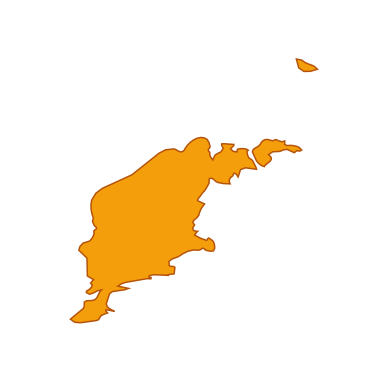 SVG path tracing the border of Gotland, rotated 12°
{"feature_id": "SWE-193", "entity_name": "Gotland", "entity_type": "County", "adm_level": 1, "iso_a3": "SWE", "parent_name": "Sweden", "parent_adm1": "", "projection": "natural_earth1", "projection_center": [18.734, 57.653], "detail": "fine", "context": "isolated", "style": "filled", "palette": "amber", "viewbox_px": 384, "rotation_deg": 12, "n_neighbors": 0, "source": "natural_earth", "source_scale": "10m", "svg_char_len": 3226}
<svg xmlns="http://www.w3.org/2000/svg" viewBox="0 0 384 384"><g transform="rotate(12 192 192)"><path d="M243.3,147.8L244.9,148.9L249.4,154.5L250.4,156.4L239.3,157.2L234.8,160.1L234.0,167.7L232.2,165.8L230.2,164.8L228.8,165.2L228.6,167.7L227.1,169.3L226.1,171.4L226.1,173.8L227.6,176.1L221.2,177.2L215.5,177.3L213.5,176.9L210.2,175.0L208.4,174.5L206.3,175.1L206.1,176.4L206.6,178.2L206.8,180.1L204.6,187.1L201.8,192.1L201.0,194.2L200.3,195.4L199.5,197.1L199.2,199.1L200.2,199.6L206.8,201.1L205.3,204.3L204.3,207.1L203.7,209.9L203.5,213.2L202.3,215.9L200.0,218.8L199.0,221.5L201.4,223.6L200.2,226.8L200.9,228.8L202.9,229.6L205.7,229.3L204.9,230.4L203.5,233.5L209.7,235.4L216.1,236.3L216.8,235.6L217.1,234.3L217.9,233.5L219.9,234.2L222.5,235.5L223.3,236.2L224.3,237.7L225.3,239.8L225.9,242.6L225.3,245.1L222.7,246.1L217.8,246.1L217.2,245.9L215.4,244.9L214.4,244.7L213.6,245.2L211.7,247.1L210.7,247.5L205.4,248.4L200.4,250.8L195.8,254.3L192.1,258.1L186.1,261.9L183.9,264.7L185.0,268.7L186.3,269.1L189.6,268.7L191.0,269.3L191.5,275.8L185.8,277.8L186.1,278.5L171.9,280.8L167.6,282.7L167.6,284.2L169.8,284.2L169.8,285.5L166.1,286.1L146.3,294.0L142.3,296.3L139.0,299.5L150.0,299.5L146.3,301.7L134.9,305.9L132.5,308.7L131.4,319.3L133.1,321.9L135.6,323.3L141.3,324.9L132.4,324.9L132.4,326.3L134.6,327.8L130.5,330.4L128.7,332.0L127.1,336.4L125.0,337.7L109.9,343.1L104.4,343.8L99.5,341.7L109.9,328.5L110.3,326.8L110.1,324.7L109.5,322.1L111.5,320.3L117.5,318.7L119.8,317.2L121.1,314.6L122.5,309.0L123.8,306.6L120.0,308.3L116.5,311.3L113.1,313.3L109.5,312.3L109.5,310.7L111.6,308.9L113.4,306.2L113.7,303.6L111.7,302.3L112.3,301.2L113.2,299.3L113.9,298.2L107.1,295.9L103.0,278.5L93.4,272.5L93.7,268.6L96.0,264.7L102.0,261.3L104.1,257.6L104.9,253.4L104.1,250.3L106.2,247.8L105.8,246.5L104.3,245.8L103.0,244.7L102.5,243.8L101.0,241.9L100.7,240.8L100.9,238.2L100.4,237.0L98.7,234.3L97.0,230.2L95.8,225.5L95.6,220.8L98.2,213.2L103.5,207.1L129.6,187.7L151.6,161.0L157.4,156.2L165.4,153.6L167.7,153.9L170.1,154.8L172.5,155.2L174.7,154.2L175.7,152.7L176.6,149.8L177.5,147.8L179.8,144.0L182.6,140.8L185.7,138.4L189.3,136.8L193.0,136.5L196.0,137.5L198.3,140.0L200.2,143.7L200.3,144.7L199.9,145.5L199.4,146.3L199.2,147.1L199.5,148.3L200.2,148.9L201.0,149.3L201.3,150.0L201.7,152.0L202.6,153.6L205.7,156.4L206.8,151.2L209.5,148.6L212.1,146.6L213.4,143.0L212.6,141.7L211.3,140.1L211.1,138.7L213.3,138.1L223.1,136.8L223.1,138.1L220.7,141.7L223.7,143.6L227.6,143.5L227.5,140.8L230.0,139.6L233.1,138.9L236.2,138.7L238.4,139.5L237.2,140.8L238.0,142.7L239.1,145.0L240.8,147.0L243.3,147.8ZM280.2,125.6L285.4,125.6L287.8,126.3L290.6,128.2L289.6,129.1L288.6,129.6L287.4,129.8L286.1,129.6L283.9,132.3L276.2,130.5L272.7,131.8L269.5,134.0L262.6,135.9L259.1,139.5L261.2,140.8L262.4,142.0L262.7,143.4L262.3,145.2L257.7,151.0L257.5,152.1L254.9,151.8L252.5,150.9L250.3,149.5L248.3,147.8L242.7,140.1L243.1,137.7L244.3,136.3L247.6,133.2L248.8,131.2L249.5,129.1L250.6,127.2L252.5,125.6L255.0,124.9L260.4,125.1L262.8,123.4L264.2,123.4L266.6,124.0L269.5,124.2L272.1,122.8L272.8,126.2L275.0,126.8L280.2,125.6ZM289.2,45.8L282.8,49.3L276.4,50.8L270.6,48.4L266.4,40.2L271.9,40.2L276.1,42.0L285.1,43.5L289.2,45.8Z" fill="#f59e0b" stroke="#b45309" stroke-width="1.5"/></g></svg>